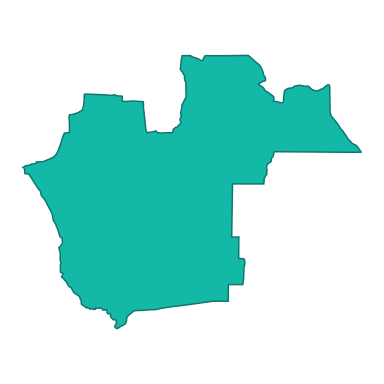 Treang, Takêv, Cambodia
{"feature_id": "14789045B64200778269013", "entity_name": "Treang", "entity_type": "district", "adm_level": 2, "iso_a3": "KHM", "parent_name": "Cambodia", "parent_adm1": "Takêv", "projection": "mercator", "projection_center": [104.808, 10.878], "detail": "fine", "context": "isolated", "style": "filled", "palette": "teal", "viewbox_px": 384, "rotation_deg": 0, "n_neighbors": 0, "source": "geoboundaries", "source_scale": "gbopen_adm2", "svg_char_len": 5458}
<svg xmlns="http://www.w3.org/2000/svg" viewBox="0 0 384 384"><path d="M85.9,307.5L86.5,307.8L87.4,307.5L87.9,308.1L89.0,308.0L89.8,309.1L90.6,308.6L91.6,308.9L93.2,309.3L94.2,309.4L95.4,309.4L95.7,308.1L96.8,308.4L98.1,307.8L99.6,308.4L100.5,307.8L101.9,308.4L102.7,310.0L104.5,310.1L106.7,309.8L107.1,310.8L107.0,312.5L107.6,313.6L108.3,313.7L109.3,313.7L110.3,313.8L110.7,314.7L110.4,315.8L110.6,316.7L111.3,317.6L112.2,318.5L113.1,319.7L114.4,319.9L115.7,319.8L116.3,320.5L116.2,321.9L116.5,322.9L116.0,324.4L114.9,325.5L114.7,326.6L115.4,327.7L116.5,328.3L117.1,328.6L118.2,328.0L119.3,327.4L119.8,326.7L120.7,326.6L121.8,325.8L122.6,325.5L124.0,324.7L124.9,324.1L125.8,323.3L126.2,322.1L126.5,320.4L126.7,318.4L127.2,316.9L129.1,314.8L132.5,312.1L133.9,311.1L135.6,310.6L136.9,310.5L138.6,310.5L141.5,310.4L143.9,310.3L149.2,309.8L151.9,309.7L153.9,309.7L154.8,309.6L156.8,309.4L158.9,308.9L160.1,308.6L161.7,308.3L163.4,308.0L165.6,307.6L168.6,307.2L171.0,306.8L182.1,305.5L190.5,304.4L212.9,301.2L228.3,301.2L228.3,284.6L242.7,284.6L243.1,282.9L243.3,280.3L243.7,278.1L243.6,275.2L243.9,272.6L243.9,270.3L243.9,267.9L244.8,264.4L244.9,262.3L244.6,260.0L243.6,258.7L238.7,258.4L238.8,237.8L238.9,237.0L231.7,237.1L232.4,191.4L232.5,187.4L232.4,183.9L248.3,183.9L252.0,183.9L256.2,183.9L260.6,183.9L263.8,183.9L263.9,182.6L264.0,181.2L264.1,179.7L264.2,178.8L264.5,177.9L265.0,176.9L265.8,175.6L266.8,174.4L266.7,172.7L266.8,171.5L267.0,170.8L266.9,169.8L266.7,167.8L266.6,167.0L266.9,165.4L267.4,164.5L267.9,163.8L268.6,163.3L269.5,162.6L270.6,162.0L271.1,161.5L271.4,160.6L271.3,159.6L271.6,158.2L272.8,156.8L273.3,155.7L273.5,155.0L273.5,153.7L274.0,152.7L274.6,151.7L354.0,152.3L358.0,152.2L361.0,152.1L360.6,151.1L359.4,149.5L358.3,148.0L357.1,146.3L356.2,145.4L354.4,144.5L352.5,143.6L350.9,142.0L349.2,140.0L347.9,138.7L346.4,136.1L344.8,134.0L343.3,131.7L342.3,130.4L341.7,129.8L340.6,128.6L339.3,126.4L337.2,123.3L335.0,120.5L333.2,118.4L331.3,116.0L330.4,113.7L330.0,111.8L330.1,108.8L330.0,106.4L329.9,102.5L329.9,98.6L329.9,95.3L329.7,91.8L329.8,89.2L329.8,87.2L329.3,85.0L327.9,84.8L325.2,86.6L322.6,88.8L320.6,89.4L318.9,90.3L317.3,91.0L315.9,90.8L314.1,90.3L312.8,90.0L311.0,88.7L310.1,87.7L308.3,86.2L307.0,86.1L305.5,86.2L303.9,86.2L302.3,85.8L300.6,85.3L298.6,85.4L296.7,85.7L294.3,86.3L293.0,87.3L292.2,87.8L291.1,88.0L290.0,88.1L289.1,88.2L287.3,88.8L285.9,89.7L284.6,90.7L284.3,92.1L284.1,93.5L284.0,95.7L283.7,96.5L283.6,97.8L283.6,99.4L283.6,100.6L283.3,102.0L282.7,102.7L281.6,102.8L280.3,102.7L279.2,102.3L277.7,101.9L276.3,101.4L275.0,101.5L273.6,101.2L273.3,100.6L273.9,99.4L274.0,98.4L273.8,97.2L272.9,96.0L272.0,95.3L270.6,94.3L268.7,92.8L267.1,91.8L265.6,91.1L264.6,89.8L263.9,88.4L262.5,87.0L260.9,86.1L259.2,85.0L258.5,83.9L259.5,83.4L261.0,82.5L262.7,81.4L263.6,81.3L265.2,80.8L265.5,80.0L265.5,78.1L265.3,77.2L264.2,75.9L263.7,75.1L263.5,74.2L263.1,72.3L262.5,70.7L261.8,69.1L261.2,67.9L260.5,66.6L259.6,65.2L258.1,63.9L257.2,63.1L256.1,62.3L254.7,61.1L253.6,60.1L252.5,59.1L251.1,58.0L249.9,56.8L248.2,55.4L224.7,55.7L205.2,55.7L204.3,56.7L203.7,58.1L203.3,59.3L202.7,60.3L201.8,60.7L199.8,59.8L197.7,58.6L196.3,58.1L194.8,57.7L193.4,57.3L192.4,56.8L191.6,56.5L191.1,56.0L190.5,55.6L182.1,55.7L181.6,58.4L181.1,61.8L180.8,65.8L180.5,67.9L180.3,69.1L181.1,70.7L182.4,72.0L183.0,73.4L183.8,74.5L184.6,76.0L184.4,78.3L184.9,80.5L185.9,82.6L185.9,88.6L186.0,92.8L186.2,96.5L186.0,97.5L185.1,98.8L184.3,100.4L183.7,101.6L183.2,102.7L182.6,103.9L181.9,104.8L182.1,105.9L181.8,107.2L181.3,109.7L180.8,112.4L180.6,113.7L181.2,115.0L181.6,115.7L180.9,116.7L180.8,117.7L180.3,118.2L180.2,119.1L179.9,119.7L180.5,121.1L180.6,122.8L180.1,124.3L179.2,124.8L178.4,125.3L177.8,126.5L177.1,127.0L175.7,127.3L174.9,128.0L173.9,128.9L173.1,129.5L173.3,130.5L172.9,131.4L172.7,132.0L172.2,132.7L168.8,132.8L165.9,132.7L161.3,133.1L158.6,132.8L157.0,132.6L156.3,131.0L152.5,131.8L150.4,132.2L148.5,132.5L147.1,132.6L146.0,130.4L143.6,109.0L143.4,107.1L143.5,104.8L143.4,103.2L143.3,101.7L133.5,101.0L132.6,101.0L125.2,101.5L123.9,101.5L123.0,101.3L122.1,100.2L122.1,99.4L122.4,97.7L122.2,96.2L121.2,96.1L118.4,95.9L116.7,95.8L116.2,95.4L114.6,94.8L113.4,94.9L112.1,95.4L110.6,95.3L109.5,95.2L103.9,94.8L84.9,94.0L84.3,94.9L84.2,95.8L84.2,100.3L83.5,105.6L82.5,109.9L78.2,112.6L72.9,114.4L69.5,114.8L69.0,116.9L69.4,123.1L69.5,128.8L69.4,131.6L69.3,132.6L64.4,133.0L62.7,137.1L60.9,143.2L59.2,147.9L57.4,152.2L56.0,154.7L53.3,157.3L49.1,159.2L44.1,161.3L41.4,161.9L37.8,161.9L36.3,162.0L36.4,163.1L34.1,163.8L31.0,164.1L30.6,164.8L28.9,165.3L25.4,165.8L23.8,167.1L23.0,167.3L24.0,168.1L24.6,169.3L24.8,173.5L28.8,174.1L38.4,189.0L39.2,189.9L40.2,190.8L41.4,195.6L42.1,196.6L42.8,197.3L43.4,198.2L45.1,200.2L51.2,212.0L52.4,214.5L52.5,215.8L53.1,219.5L53.4,220.3L54.4,222.1L55.6,224.1L56.8,227.2L58.4,231.2L59.9,236.6L61.5,237.9L62.1,238.6L62.5,242.3L61.8,244.3L60.3,246.3L58.9,247.4L59.3,249.8L60.2,252.7L60.3,256.3L60.2,258.3L60.1,259.2L60.2,260.5L61.0,262.2L60.6,264.4L60.3,265.9L60.5,268.0L60.3,270.1L60.6,272.4L61.8,272.9L62.6,273.1L62.8,274.2L62.6,275.3L61.5,276.7L61.9,277.2L63.7,278.8L64.7,280.2L66.2,281.7L67.1,283.5L68.1,284.9L68.8,286.4L70.3,287.3L71.6,287.9L71.7,289.0L72.4,289.9L73.0,290.7L73.4,292.1L74.3,293.0L75.7,294.0L76.6,294.6L77.9,295.3L79.6,296.7L79.9,297.9L80.1,298.6L80.4,299.6L81.2,300.5L81.3,301.9L81.2,303.1L81.4,304.2L82.9,305.3L84.5,306.4L85.9,307.5Z" fill="#14b8a6" stroke="#0f766e" stroke-width="1.5"/></svg>